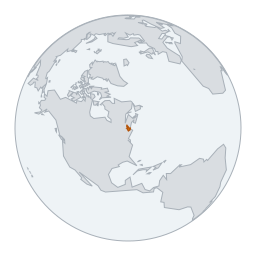 New Hampshire on an orthographic globe, rotated 323°
{"feature_id": "USA-3538", "entity_name": "New Hampshire", "entity_type": "State", "adm_level": 1, "iso_a3": "USA", "parent_name": "United States of America", "parent_adm1": "", "projection": "orthographic", "projection_center": [-71.585, 44.003], "detail": "fine", "context": "on_globe", "style": "filled", "palette": "amber", "viewbox_px": 256, "rotation_deg": 323, "n_neighbors": 0, "source": "natural_earth", "source_scale": "10m", "svg_char_len": 10019}
<svg xmlns="http://www.w3.org/2000/svg" viewBox="0 0 256 256"><g transform="rotate(323 128 128)"><circle cx="128" cy="128" r="113" fill="#eef3f6" stroke="#a8b0b8"/><path d="M123.2,240.5L126.4,240.4L124.1,240.4L124.9,239.3L128.2,237.5L130.6,229.0L128.2,226.9L119.6,224.0L109.2,213.4L112.0,209.1L109.7,206.7L117.1,200.3L115.2,193.2L112.6,192.0L109.9,194.4L101.0,188.8L98.0,182.6L71.5,165.6L68.9,161.4L69.3,156.1L62.5,133.8L64.5,152.9L61.4,148.1L59.4,140.6L61.1,139.9L60.4,129.6L58.0,124.2L59.6,111.6L67.9,98.9L68.4,102.2L70.4,99.0L69.9,94.8L69.1,92.9L75.2,78.3L74.9,66.7L71.1,65.3L74.9,64.1L65.1,63.2L62.5,59.6L67.7,62.4L70.0,61.8L69.4,58.5L71.7,57.2L72.7,54.9L75.4,53.8L78.2,55.8L80.0,55.2L79.5,52.9L81.9,50.5L82.4,53.9L86.6,50.1L92.1,53.4L91.3,64.4L96.6,66.0L101.8,77.1L103.6,75.4L106.7,78.9L109.9,78.2L109.9,80.7L112.5,78.1L111.9,76.0L112.8,74.2L114.6,73.7L115.0,76.7L114.1,77.4L115.2,78.0L114.6,79.8L115.9,78.6L116.1,82.5L118.7,78.0L121.1,80.6L120.5,83.3L117.0,83.8L106.9,92.3L105.2,95.7L106.4,99.8L116.1,105.5L115.7,109.1L117.8,113.4L119.6,110.9L118.7,106.7L122.6,103.4L121.0,98.9L122.3,97.0L122.1,92.4L126.0,92.3L129.9,94.9L130.3,98.9L132.1,100.3L134.8,96.0L138.6,103.3L146.4,108.1L146.9,110.2L142.4,114.7L134.5,115.6L128.6,122.5L136.4,117.4L137.6,123.2L139.5,124.0L141.7,123.5L142.7,121.1L144.0,123.1L136.8,128.6L135.6,126.8L137.9,125.0L134.2,125.6L129.3,129.8L130.4,132.6L122.0,136.7L122.7,138.9L121.2,141.1L120.7,137.3L121.4,144.4L111.7,151.5L112.4,163.5L107.5,153.9L103.2,152.2L97.9,151.6L97.9,153.6L90.9,150.7L84.5,153.3L81.9,161.9L84.1,169.3L91.9,171.4L94.3,168.2L100.1,168.4L95.7,177.7L105.7,180.5L104.6,187.4L107.5,191.3L112.6,190.9L117.8,192.9L121.6,189.1L127.7,187.0L127.8,192.5L131.2,187.4L134.6,190.0L146.7,188.7L145.7,190.1L155.9,194.9L166.9,195.3L169.5,198.3L168.2,200.8L171.9,200.4L172.0,201.8L187.0,198.6L194.5,198.5L194.1,202.8L187.6,210.3L181.3,220.7L169.5,227.0L166.1,230.2L156.4,235.3L149.3,236.4L151.0,237.1L146.8,238.3L142.1,239.0L141.1,239.5L137.6,239.8L139.7,239.9L133.9,240.5L134.1,240.5L123.2,240.5ZM22.0,109.3L22.9,107.3L22.6,109.6L22.0,109.3ZM23.2,105.3L23.0,106.1L23.2,105.3L23.2,105.3ZM23.3,104.2L23.3,105.0L23.2,104.3L23.3,104.2ZM23.3,103.0L23.3,103.5L23.3,103.0ZM111.7,167.3L123.2,173.2L116.6,173.7L117.9,172.7L115.0,170.4L109.6,167.9L103.8,168.4L111.7,167.3ZM23.5,100.5L23.7,99.8L23.8,100.2L23.5,100.5ZM117.1,161.3L115.1,160.8L117.0,160.8L117.1,161.3ZM68.4,92.4L69.7,94.9L69.3,99.3L68.0,97.2L68.4,92.4ZM69.5,84.5L70.7,85.2L68.4,88.3L68.5,86.9L69.5,84.5ZM67.9,64.8L68.4,66.5L67.1,65.3L67.9,64.8ZM72.3,54.9L71.4,54.8L72.3,53.7L72.3,54.9ZM119.9,92.7L121.0,92.6L120.5,93.5L119.9,92.7ZM118.8,90.9L117.5,92.2L116.8,91.5L117.6,90.8L118.8,90.9ZM77.3,50.9L79.0,49.2L77.8,51.3L77.3,50.9ZM120.6,89.6L115.7,90.2L114.5,89.0L116.6,85.3L120.6,89.6ZM80.3,48.5L84.4,44.6L82.8,44.1L89.6,43.5L83.9,46.9L82.6,49.4L82.0,48.1L80.3,48.5ZM110.8,75.6L111.6,77.8L109.3,76.4L110.8,75.6ZM109.1,75.1L100.6,74.0L100.3,70.6L103.3,71.6L101.6,67.8L105.7,66.7L107.5,68.5L106.9,70.9L108.9,68.7L109.1,75.1ZM92.8,43.9L94.2,43.4L93.2,44.3L92.8,43.9ZM112.9,73.4L111.2,73.4L110.9,70.4L114.3,69.9L113.3,71.0L112.9,73.4ZM99.2,67.4L99.5,65.2L102.9,63.7L103.5,62.7L105.8,66.4L99.2,67.4ZM114.3,71.4L116.0,69.8L117.8,70.8L114.6,73.2L114.3,71.4ZM109.4,69.9L109.4,68.5L110.5,69.1L109.4,69.9ZM125.3,73.6L123.3,73.5L122.9,71.9L125.3,73.6ZM116.5,69.1L115.9,68.8L115.5,68.2L117.0,67.3L116.5,69.1ZM108.0,65.1L109.4,65.0L107.3,63.5L109.8,62.4L110.8,65.1L111.4,63.5L112.2,63.2L112.2,65.8L108.0,65.1ZM117.4,64.7L119.5,68.1L123.4,68.5L123.8,69.9L117.5,68.9L117.4,64.7ZM114.3,65.1L116.3,65.2L115.8,66.8L114.1,67.7L114.3,65.1ZM111.1,60.8L107.0,61.7L106.9,61.1L111.1,60.8ZM118.6,64.5L118.0,63.8L118.9,64.4L118.6,64.5ZM113.5,61.5L112.1,61.9L112.0,61.2L113.5,61.5ZM118.1,62.0L118.8,63.0L117.7,63.6L118.1,62.0ZM116.1,61.5L116.3,60.4L116.9,63.2L115.4,61.8L116.1,61.5ZM113.7,60.8L113.2,60.5L114.3,60.7L113.7,60.8ZM121.9,59.0L122.9,62.4L120.4,63.8L119.8,60.3L121.9,59.0ZM211.2,52.0L210.9,51.8L212.9,54.1L213.4,54.5L220.1,63.1L225.9,72.4L223.4,70.6L222.1,68.9L222.0,68.7L221.8,68.6L224.1,71.9L222.8,71.2L227.1,74.7L228.9,77.8L232.4,85.8L235.4,94.0L237.7,102.5L239.4,111.1L240.3,119.8L240.6,128.5L240.3,137.2L239.2,145.9L239.0,142.6L239.2,135.4L238.6,134.7L237.7,138.9L236.6,138.1L235.8,140.2L228.6,156.5L224.7,157.3L216.1,151.9L216.2,145.0L213.2,139.8L211.3,106.8L214.2,103.8L216.5,88.5L217.3,87.3L220.7,92.1L225.3,86.4L222.5,80.5L223.1,74.2L221.1,68.5L214.1,60.5L217.2,69.6L214.2,68.3L208.8,58.6L205.5,51.3L204.2,50.6L203.3,53.2L199.5,49.7L202.6,54.0L203.6,53.6L205.6,56.4L204.8,57.0L203.5,55.7L203.6,57.7L209.9,63.9L211.5,64.1L213.7,71.3L216.7,72.4L218.4,75.4L214.0,74.6L212.1,72.9L206.3,75.0L208.5,77.3L214.1,75.7L213.7,77.0L216.7,80.6L214.1,79.0L207.4,80.6L207.4,87.8L212.6,101.6L211.4,106.0L208.1,108.1L200.8,99.4L204.2,90.8L201.7,87.9L196.5,87.3L197.9,84.9L196.2,83.7L197.0,80.5L193.7,74.4L193.9,71.2L188.3,67.2L187.6,65.2L191.1,68.0L193.6,68.4L193.5,61.1L192.2,59.3L188.6,57.4L189.0,55.8L185.5,55.0L183.3,50.6L183.0,55.4L178.7,53.8L175.1,50.5L173.6,50.9L179.6,56.3L182.0,57.8L184.2,57.5L190.8,62.7L191.7,65.6L184.7,63.8L185.3,67.9L179.5,65.0L166.9,51.6L163.8,47.0L167.9,41.6L171.1,43.1L171.2,45.7L175.1,44.3L172.8,43.9L173.2,42.7L169.2,41.2L169.2,40.3L165.3,40.5L164.9,39.2L167.4,39.1L161.2,36.1L159.2,33.5L157.8,33.3L156.8,33.9L155.0,30.4L154.0,30.5L154.2,31.6L152.4,32.4L148.4,32.6L148.0,31.4L149.4,31.2L151.6,29.0L155.3,28.7L154.7,28.3L151.4,28.3L148.7,30.9L146.5,31.4L147.3,29.9L146.8,30.5L145.6,30.4L144.0,29.2L142.8,30.8L129.7,32.2L125.3,30.4L127.5,28.7L117.9,29.3L113.6,27.8L113.8,28.7L109.3,30.0L110.6,30.4L110.4,31.0L99.5,35.2L96.6,35.4L92.1,38.8L92.2,39.4L94.1,39.3L89.6,43.5L82.8,44.1L82.9,42.8L78.6,44.3L79.4,41.1L78.1,39.4L81.6,35.5L80.3,34.7L78.7,35.4L75.7,35.1L75.0,32.3L82.5,31.3L84.9,36.0L84.5,33.6L86.7,33.3L87.8,32.0L87.3,30.5L86.0,30.9L95.8,25.1L98.8,21.5L93.6,23.3L90.5,23.7L89.3,22.5L94.1,20.6L101.8,18.4L109.7,16.9L117.6,15.8L125.6,15.4L133.6,15.5L141.5,16.2L149.4,17.4L157.2,19.2L164.9,21.6L172.3,24.4L179.6,27.9L186.5,31.8L193.2,36.2L199.6,41.0L205.6,46.3L211.2,52.0ZM215.8,120.1L216.8,121.9L215.8,120.1ZM204.7,46.8L201.0,42.8L198.2,41.5L196.5,39.9L196.2,40.1L198.0,41.4L196.4,41.8L193.2,39.2L191.4,38.5L192.5,39.8L198.6,44.7L200.9,44.0L203.7,46.3L204.7,46.8ZM147.0,188.6L148.5,189.5L146.6,189.8L147.0,188.6ZM115.7,176.1L118.1,176.4L119.4,177.3L117.5,177.6L115.7,176.1ZM136.4,176.2L139.2,176.6L136.2,177.3L136.4,176.2ZM125.0,173.9L134.1,176.2L128.3,178.1L122.6,176.7L126.6,176.2L125.0,173.9ZM115.8,165.0L117.4,165.5L116.9,166.6L115.8,165.0ZM118.5,161.4L117.9,161.5L117.2,160.5L118.5,161.4ZM138.1,122.8L138.7,122.5L140.9,122.5L139.9,123.5L138.1,122.8ZM150.8,116.7L152.6,120.0L150.6,118.2L149.5,120.2L143.9,119.2L146.9,111.2L146.6,114.9L150.8,116.7ZM137.3,115.9L140.5,117.2L136.9,116.1L137.3,115.9ZM185.9,81.1L187.6,80.5L189.5,82.6L189.3,87.3L186.6,84.3L185.9,81.1ZM189.7,79.2L182.7,76.5L182.6,73.7L183.8,75.7L184.4,74.1L186.6,76.9L193.3,77.2L195.4,79.1L193.8,86.3L193.2,82.8L191.5,83.5L189.7,79.2ZM165.2,76.7L162.2,76.1L165.8,70.7L168.2,71.9L168.1,76.5L165.2,77.8L165.2,76.7ZM125.3,83.1L123.9,83.7L123.8,82.8L124.9,81.6L125.3,83.1ZM124.4,73.7L131.2,80.0L130.0,80.9L135.5,83.8L134.4,87.3L130.8,85.3L134.1,90.3L130.4,89.9L133.0,93.2L125.3,88.2L122.1,88.2L126.1,86.8L127.2,83.5L126.7,82.1L123.1,78.1L116.9,76.7L117.0,73.5L118.8,71.5L120.3,71.3L119.7,73.5L122.1,71.7L122.5,74.7L124.4,73.7ZM139.0,53.9L137.8,55.9L142.7,53.9L143.0,56.5L143.6,56.1L145.3,58.0L148.3,59.6L147.9,60.8L149.3,61.0L150.4,62.3L152.1,63.0L152.1,65.4L154.1,66.5L152.9,67.1L156.5,68.3L153.8,68.5L155.0,70.4L157.0,69.2L152.6,81.9L152.9,87.5L154.5,92.1L149.7,92.2L145.1,88.1L141.2,82.2L141.7,77.0L139.4,78.1L139.0,76.0L140.9,76.0L137.6,74.8L137.8,73.1L134.3,68.6L129.5,68.2L128.1,66.6L130.1,66.0L127.3,64.9L130.1,62.7L129.2,61.6L131.1,58.4L135.4,57.9L134.1,56.8L135.4,54.4L139.0,53.9ZM122.6,58.2L127.7,56.8L130.4,57.5L126.1,62.8L126.5,64.1L123.8,67.8L119.9,66.6L121.0,65.7L121.2,64.5L122.4,65.3L121.6,63.8L123.1,62.4L123.0,60.9L124.7,60.9L122.6,58.2ZM216.1,84.2L216.4,83.1L216.4,81.0L218.3,83.3L216.1,84.2ZM211.7,85.4L211.6,84.0L214.3,86.0L214.0,87.3L211.7,85.4ZM209.3,81.7L211.4,83.8L210.1,83.4L209.3,81.7ZM190.8,66.8L190.5,65.3L191.3,65.5L192.5,66.8L190.8,66.8ZM153.7,49.5L152.5,50.3L151.9,49.9L148.0,50.2L147.5,48.5L149.5,47.7L153.7,49.5ZM215.9,63.1L217.8,65.8L217.5,66.1L216.9,65.1L215.9,63.1ZM219.1,74.9L219.4,72.9L219.6,75.5L219.1,74.9ZM152.4,47.7L150.9,48.0L151.6,47.0L152.4,47.7ZM146.8,47.3L147.2,46.1L146.9,48.4L146.8,47.3ZM145.3,35.1L151.3,36.4L155.2,36.5L156.9,35.2L157.2,37.8L151.1,37.5L145.3,35.1ZM131.7,32.6L130.3,34.0L129.2,33.3L129.3,32.8L131.7,32.6ZM132.1,33.5L133.6,35.6L131.7,36.3L130.9,34.5L132.1,33.5ZM143.2,41.1L145.1,41.6L144.5,42.4L143.2,41.1ZM82.4,25.0L82.0,25.2L81.6,25.4L82.4,25.0ZM83.9,24.3L84.4,24.5L79.7,26.6L78.5,27.0L80.3,26.0L82.7,24.9L83.9,24.3ZM83.1,25.2L85.5,24.3L91.1,23.9L91.1,24.5L84.3,25.4L86.1,24.7L85.6,24.5L83.1,25.2ZM93.6,42.8L94.1,43.3L92.9,43.4L93.6,42.8ZM111.2,31.3L110.6,32.1L109.3,32.0L111.2,31.3ZM108.4,34.3L110.4,33.8L108.5,34.8L108.4,34.3ZM114.7,32.8L111.2,33.9L114.3,32.2L114.7,32.8Z" fill="#d9dde1" stroke="#a8b0b8" stroke-width="1"/><path d="M128.1,126.0L128.1,125.9L128.2,125.7L128.3,125.6L128.5,125.5L128.7,125.4L128.7,125.5L128.7,125.8L128.7,126.0L128.7,126.3L128.8,126.5L128.8,126.8L128.8,127.0L128.8,127.3L128.8,127.5L128.8,127.8L128.8,128.0L128.9,128.3L128.9,128.5L128.9,128.8L128.9,129.0L128.9,129.3L129.0,129.4L129.1,129.5L129.2,129.8L129.3,129.8L129.2,129.9L129.2,130.1L128.8,130.3L128.7,130.3L128.6,130.5L128.4,130.6L128.2,130.6L127.9,130.5L127.7,130.5L127.4,130.5L127.2,130.5L126.9,130.5L126.7,130.5L126.7,130.4L126.6,130.2L126.7,129.9L126.8,129.8L126.8,129.7L126.8,129.4L126.8,128.9L126.9,128.7L127.0,128.6L127.1,128.4L127.2,128.2L127.3,128.1L127.2,128.0L127.3,128.0L127.3,127.9L127.3,127.7L127.4,127.4L127.5,127.3L127.7,127.2L127.8,127.1L128.0,127.0L128.0,126.9L128.0,126.7L127.9,126.6L128.0,126.4L128.1,126.2L128.1,126.0Z" fill="#f59e0b" stroke="#b45309" stroke-width="1.5"/></g></svg>